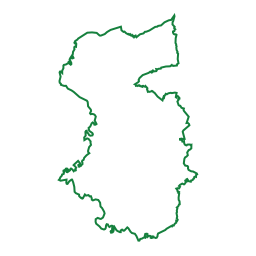 Bombali, Northern, Sierra Leone (orthographic projection)
{"feature_id": "65957751B29483301504535", "entity_name": "Bombali", "entity_type": "district", "adm_level": 2, "iso_a3": "SLE", "parent_name": "Sierra Leone", "parent_adm1": "Northern", "projection": "orthographic", "projection_center": [-12.185, 9.331], "detail": "fine", "context": "isolated", "style": "outline", "palette": "green", "viewbox_px": 256, "rotation_deg": 0, "n_neighbors": 0, "source": "geoboundaries", "source_scale": "gbopen_adm2", "svg_char_len": 5758}
<svg xmlns="http://www.w3.org/2000/svg" viewBox="0 0 256 256"><path d="M104.0,229.5L105.1,229.0L105.7,228.1L106.1,225.3L106.7,224.2L107.9,224.5L108.6,226.3L109.5,227.0L111.1,225.8L111.9,225.7L112.8,226.0L113.1,226.6L112.2,227.7L112.0,230.7L110.9,231.0L110.6,231.5L111.1,232.7L112.5,232.4L113.3,231.6L113.7,230.1L113.6,227.9L114.3,226.7L116.4,230.1L117.3,230.9L119.8,232.1L120.7,232.1L120.7,230.5L121.8,229.7L122.5,229.7L123.3,230.7L124.3,230.6L127.3,227.4L128.3,228.2L130.6,231.8L131.9,233.0L134.9,233.8L136.4,236.0L138.4,240.6L139.4,240.6L140.3,238.9L141.8,238.7L144.0,237.4L145.3,237.8L145.6,237.2L144.8,235.8L145.3,233.9L146.9,233.7L147.5,234.1L147.1,235.4L147.5,236.9L148.7,235.9L150.1,235.9L150.8,236.2L150.6,237.7L151.1,238.0L151.8,238.0L152.8,236.4L153.3,236.5L153.3,237.5L154.3,237.4L155.7,238.0L156.7,237.7L157.5,236.3L157.6,234.9L158.1,233.5L165.3,230.0L166.5,228.8L171.1,226.1L172.0,226.4L172.5,225.3L173.7,225.6L174.8,223.7L176.2,222.7L176.2,220.8L177.0,221.1L177.4,220.5L177.7,219.7L176.7,218.2L177.2,216.8L176.5,213.0L177.0,212.1L176.8,210.5L177.4,208.2L176.8,207.5L178.3,206.2L179.0,204.5L179.7,204.3L179.7,203.6L179.5,201.2L178.7,199.9L178.6,197.6L179.2,193.2L178.3,192.8L178.9,191.9L177.6,191.4L177.5,190.4L176.3,188.6L177.7,188.2L179.1,188.4L180.0,186.8L179.0,186.0L180.1,184.8L182.3,183.6L184.0,184.4L184.5,184.1L186.0,182.0L185.2,180.8L185.5,180.3L186.6,180.3L187.2,181.0L187.5,180.5L186.8,179.2L187.2,179.0L188.7,181.2L190.8,181.7L191.1,180.5L192.6,180.1L193.4,178.7L194.1,178.5L194.2,177.1L195.1,176.6L196.0,176.9L196.2,174.6L197.1,174.3L196.8,173.5L193.1,171.5L191.2,171.3L188.6,169.9L188.0,168.5L188.1,166.9L187.5,166.0L185.2,165.6L183.8,163.4L184.4,158.8L185.1,157.4L186.6,156.5L187.8,155.2L187.2,152.5L188.7,150.1L189.8,149.7L191.3,148.4L191.4,144.8L190.6,145.1L190.0,144.5L187.3,144.6L186.6,145.4L185.5,145.1L184.7,144.4L184.2,143.2L184.0,141.1L182.4,141.6L181.8,140.0L180.0,139.7L180.0,138.9L181.8,138.6L182.4,139.1L184.6,138.9L182.7,131.7L183.4,130.4L189.4,125.3L189.0,124.0L187.8,122.9L186.6,123.0L188.7,116.7L184.0,111.0L183.5,109.8L183.9,108.5L181.5,107.8L180.3,105.8L179.6,105.8L178.6,105.1L177.4,101.5L178.4,100.1L178.1,99.1L178.6,98.6L179.4,98.7L179.5,98.1L177.9,96.2L177.1,96.0L176.3,97.5L175.8,97.1L176.6,92.9L174.9,92.6L171.8,93.1L170.8,92.8L168.4,93.3L166.8,94.3L165.8,93.8L164.7,95.7L163.9,95.9L163.4,97.3L164.1,97.3L163.9,98.3L163.1,98.4L162.5,100.4L157.6,96.6L154.4,92.6L153.5,92.3L152.6,91.2L151.9,90.9L151.2,91.4L149.0,91.9L148.2,91.3L147.8,91.6L147.0,89.2L147.4,88.8L147.3,88.0L145.7,86.3L145.6,86.7L145.2,86.8L143.1,85.8L142.3,86.0L142.3,86.8L140.7,86.3L139.6,85.4L139.1,85.9L138.2,85.3L137.2,86.0L136.4,85.5L135.9,85.7L135.7,84.7L134.9,84.3L138.3,82.1L139.0,81.1L138.6,80.0L139.5,78.1L142.7,75.1L148.6,72.9L150.2,71.7L151.5,72.6L152.2,72.4L153.0,71.5L153.1,71.0L152.4,70.8L152.9,70.4L154.0,71.4L156.3,71.1L156.7,70.4L156.3,69.1L157.5,69.3L158.5,68.8L160.8,68.6L161.2,67.6L165.9,66.5L170.1,66.3L171.7,65.0L172.0,65.6L172.8,65.5L173.2,65.9L176.9,65.5L177.1,64.2L178.5,63.3L177.7,59.1L178.1,53.8L177.2,52.8L177.6,52.0L176.6,49.9L176.3,47.3L176.6,46.3L176.1,45.3L176.2,44.3L175.5,43.0L175.7,38.2L176.5,34.8L175.8,34.3L174.6,34.4L173.7,33.9L173.0,32.6L173.0,31.5L174.3,31.1L174.4,30.2L175.3,29.3L174.1,28.0L174.7,26.9L172.5,24.5L172.6,22.0L173.1,21.4L174.5,16.3L174.3,15.4L171.2,19.9L168.8,20.3L164.5,22.3L161.1,25.4L158.1,25.9L157.4,26.6L155.2,26.9L149.4,30.5L146.3,31.7L144.9,31.8L143.5,33.4L140.0,34.3L136.5,37.2L135.9,36.1L134.7,36.8L134.9,35.9L133.9,36.4L133.2,35.8L133.4,36.8L132.3,36.2L131.7,35.2L130.8,35.4L130.3,34.5L130.0,34.9L129.4,34.8L129.1,34.1L128.7,33.9L128.1,34.3L126.1,33.2L124.5,31.6L123.5,31.9L121.5,30.3L120.9,26.7L110.6,29.9L107.1,32.0L104.7,34.1L100.8,35.6L99.6,35.5L96.7,32.9L92.0,32.4L87.3,32.7L78.1,38.6L77.4,39.6L75.2,41.0L74.4,42.8L74.8,43.4L75.3,43.6L75.9,43.1L76.3,43.8L76.0,46.8L75.1,46.5L74.5,46.8L74.2,48.0L74.5,49.3L73.0,51.9L72.8,54.2L71.3,56.5L72.7,56.2L73.5,57.9L72.6,58.4L70.3,58.1L69.6,59.4L71.3,62.9L71.3,64.2L70.7,64.7L69.3,63.6L69.6,62.3L69.1,61.5L68.5,62.0L68.4,63.0L65.9,64.5L63.9,64.9L63.4,65.6L63.4,68.3L62.2,70.7L62.2,73.0L60.6,71.5L59.9,71.6L59.6,72.5L60.6,76.6L59.5,81.0L59.7,82.7L60.9,83.8L60.9,84.8L64.1,85.9L66.0,85.8L67.8,88.6L71.5,90.4L73.7,91.9L79.6,97.1L86.9,100.7L87.7,102.0L88.1,106.3L90.8,109.6L91.1,111.0L90.0,113.2L90.7,114.2L92.2,113.9L93.9,114.3L95.0,115.2L95.8,116.6L94.7,120.5L96.5,124.0L95.5,124.7L94.4,124.7L93.8,123.2L92.8,122.4L91.7,123.3L90.2,126.6L88.6,127.9L89.2,130.8L92.3,133.0L92.9,134.2L92.4,135.4L90.3,135.7L89.1,135.0L88.1,133.2L87.0,132.6L86.7,130.7L86.0,130.9L85.4,131.9L85.7,135.6L84.2,137.5L84.4,140.1L87.1,138.4L88.5,138.9L90.6,141.4L90.5,142.8L91.0,144.9L89.1,147.1L88.1,150.7L88.1,151.9L89.3,153.2L86.5,155.3L84.2,157.8L83.6,159.8L82.3,160.6L82.0,161.7L82.5,162.9L82.4,164.3L81.3,165.0L81.0,165.8L80.0,166.1L79.5,166.7L78.8,166.6L78.3,165.1L79.8,164.1L80.1,163.4L78.1,160.9L73.6,165.0L73.6,165.3L74.3,165.5L76.2,167.7L75.3,169.1L75.9,170.1L75.6,170.5L74.2,170.5L73.7,171.2L72.3,169.4L71.0,168.5L70.5,168.9L70.0,170.3L67.4,172.2L66.6,172.0L66.1,171.0L67.9,169.4L66.9,168.5L65.8,168.7L65.4,169.6L63.5,170.6L63.5,171.4L64.2,171.3L63.7,173.9L62.1,174.5L61.8,175.7L60.3,177.4L59.7,179.0L58.9,179.9L60.6,180.7L66.5,179.6L66.3,182.7L66.7,183.8L67.5,183.9L69.3,181.3L71.5,179.6L72.1,179.6L73.2,182.4L74.3,186.9L74.6,191.8L75.9,193.2L79.1,194.6L79.2,196.2L80.9,197.9L81.6,197.8L82.2,198.6L82.9,198.3L84.9,194.5L86.0,195.6L88.5,195.1L89.6,196.4L90.9,196.2L91.7,198.2L91.8,199.7L92.9,200.4L95.6,199.4L98.3,200.0L100.1,202.7L100.5,206.5L102.1,208.1L104.1,211.7L104.6,213.5L103.0,217.5L101.2,218.8L100.3,218.9L97.7,217.9L95.7,219.2L95.6,221.9L96.2,223.7L99.5,226.4L101.3,228.6L104.0,229.5Z" fill="none" stroke="#15803d" stroke-width="2"/></svg>